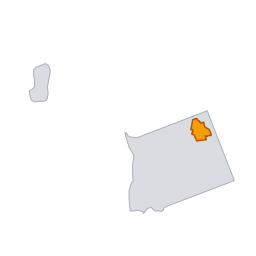 Nsoc Nsomo, Kié-Ntem, Equatorial Guinea shown in context, rotated 339°
{"feature_id": "11065452B43435483695389", "entity_name": "Nsoc Nsomo", "entity_type": "district", "adm_level": 2, "iso_a3": "GNQ", "parent_name": "Equatorial Guinea", "parent_adm1": "Kié-Ntem", "projection": "natural_earth1", "projection_center": [11.077, 1.936], "detail": "fine", "context": "in_parent", "style": "filled", "palette": "amber", "viewbox_px": 256, "rotation_deg": 339, "n_neighbors": 0, "source": "geoboundaries", "source_scale": "gbopen_adm2", "svg_char_len": 2486}
<svg xmlns="http://www.w3.org/2000/svg" viewBox="0 0 256 256"><g transform="rotate(339 128 128)"><path d="M208.1,140.3L208.1,155.2L208.2,167.7L208.3,181.3L208.3,195.5L208.4,207.5L208.4,215.2L197.1,215.2L182.0,215.1L166.9,215.1L151.9,215.0L144.3,215.0L135.9,215.0L133.2,215.4L131.4,217.3L129.2,217.8L126.6,216.1L123.5,215.3L122.6,213.6L121.1,210.4L118.0,210.1L116.4,210.4L114.2,212.2L111.7,213.2L112.1,211.7L107.2,207.9L103.6,207.5L100.3,206.3L103.0,196.2L106.3,187.3L111.3,180.6L114.0,178.9L114.8,175.6L118.8,164.6L123.7,155.7L122.1,146.7L123.3,131.5L124.7,131.9L125.0,133.4L125.3,135.5L127.2,137.4L133.2,140.3L151.4,140.3L162.2,140.3L178.2,140.3L195.2,140.3L208.1,140.3ZM64.3,38.2L65.7,38.5L74.0,38.2L76.2,41.6L76.0,46.6L67.4,61.2L65.8,67.3L62.5,72.5L59.7,73.0L49.8,69.9L48.2,68.0L47.6,65.5L48.6,59.7L49.3,58.0L54.0,56.9L55.5,55.9L58.0,49.7L58.9,44.0L61.0,39.7L64.3,38.2Z" fill="#d9dde1" stroke="#a8b0b8" stroke-width="1"/><path d="M196.9,147.4L197.0,147.2L196.9,147.0L196.9,146.9L196.7,146.8L196.5,146.6L196.3,146.2L196.2,146.1L196.2,145.9L196.1,145.7L196.0,145.4L195.9,145.2L195.8,144.9L195.8,144.7L195.7,144.6L195.7,144.4L195.7,144.2L195.4,144.0L195.3,143.9L195.2,143.9L195.1,143.7L194.9,143.6L191.8,143.5L191.7,143.5L191.4,143.5L191.0,144.1L190.0,145.7L190.0,145.8L189.9,145.9L189.9,146.0L189.3,146.9L189.3,147.0L188.5,148.2L188.4,148.3L186.1,152.1L186.5,152.2L186.6,152.3L186.8,152.3L187.0,152.4L187.3,152.5L187.5,152.5L187.5,152.8L187.5,153.0L187.6,153.3L187.6,153.6L187.5,153.8L187.4,153.9L187.4,154.0L187.2,154.3L187.2,154.5L187.3,154.7L186.7,155.2L186.3,155.1L186.0,155.5L185.9,156.0L185.5,156.3L185.5,156.9L186.9,157.9L187.2,158.2L187.6,164.7L189.8,165.2L190.7,165.4L196.9,166.9L197.0,166.6L197.0,166.3L197.0,166.1L197.0,165.9L197.0,165.7L197.0,165.4L197.1,165.0L197.0,164.8L197.1,164.7L197.1,164.4L197.0,164.1L197.2,163.8L197.2,163.7L197.3,163.7L197.2,163.5L197.3,163.3L197.3,163.2L198.0,163.5L198.5,164.3L199.1,164.1L199.9,163.8L200.2,163.8L202.5,164.7L202.9,164.6L203.1,164.4L203.1,164.1L203.3,163.7L203.5,163.1L203.5,162.9L203.5,162.7L203.4,162.4L203.3,162.2L203.3,161.9L203.3,161.6L203.3,161.4L203.4,161.2L203.4,160.7L203.4,160.4L203.4,160.2L203.3,159.9L203.3,159.6L203.4,159.3L203.3,159.1L203.3,158.9L203.3,158.7L200.2,154.6L200.3,151.8L200.7,149.7L197.8,149.6L197.7,149.6L197.7,149.4L197.6,149.1L197.6,148.8L197.6,148.7L197.4,148.7L197.3,148.2L197.2,148.1L197.1,147.9L196.9,147.7L196.9,147.4L196.9,147.4Z" fill="#f59e0b" stroke="#b45309" stroke-width="1.5"/></g></svg>